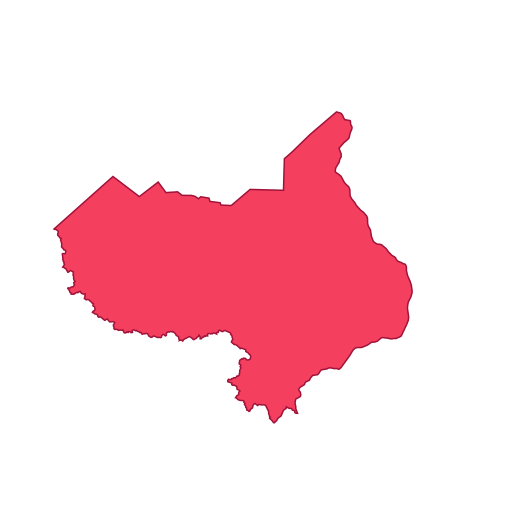 outline of Futaleufú, Chubut, Argentina, rotated 317°
{"feature_id": "61730980B18376344054138", "entity_name": "Futaleufú", "entity_type": "district", "adm_level": 2, "iso_a3": "ARG", "parent_name": "Argentina", "parent_adm1": "Chubut", "projection": "orthographic", "projection_center": [-71.852, -43.056], "detail": "fine", "context": "isolated", "style": "filled", "palette": "rose", "viewbox_px": 512, "rotation_deg": 317, "n_neighbors": 0, "source": "geoboundaries", "source_scale": "gbopen_adm2", "svg_char_len": 6149}
<svg xmlns="http://www.w3.org/2000/svg" viewBox="0 0 512 512"><g transform="rotate(317 256 256)"><path d="M413.1,205.5L378.7,204.0L353.4,204.5L343.1,204.2L320.9,226.7L297.1,203.3L272.3,202.2L265.1,194.8L266.1,192.6L259.5,184.6L261.1,181.6L256.0,175.0L253.0,174.9L252.1,170.9L251.3,169.4L250.1,167.7L243.3,161.2L242.4,155.6L233.4,148.2L234.9,135.2L211.2,133.0L205.6,100.3L126.6,98.5L126.7,99.0L127.9,100.3L128.2,102.9L127.6,103.9L126.3,104.3L125.1,105.7L125.3,106.9L124.9,109.1L125.5,110.2L123.9,111.1L123.0,113.4L122.3,114.2L122.1,114.8L120.0,116.7L119.9,118.2L120.2,119.1L119.6,120.1L120.5,122.0L119.4,123.5L117.9,124.1L116.6,122.6L115.7,122.4L113.3,125.9L112.3,126.7L112.2,127.5L111.3,128.6L111.5,129.5L110.6,130.3L110.1,131.6L107.0,132.4L107.9,134.0L107.9,135.2L108.2,136.0L107.3,139.5L108.0,140.0L110.2,139.9L111.6,143.0L110.9,143.4L110.2,144.6L109.2,145.0L108.9,146.3L107.1,148.2L106.4,149.8L106.3,151.3L104.5,151.2L103.8,152.4L103.6,153.4L101.0,153.7L99.7,152.7L98.0,152.5L96.8,151.1L96.3,151.2L95.9,154.1L95.1,155.9L95.4,157.1L94.8,157.8L96.2,159.3L96.7,159.3L97.4,160.0L98.8,160.0L100.4,160.6L100.6,161.3L103.2,161.8L102.9,163.7L103.1,164.9L103.8,166.1L105.2,167.2L103.9,168.3L103.8,168.8L102.8,169.2L101.4,170.1L101.9,171.2L101.9,172.3L103.2,173.0L104.0,174.2L103.8,175.3L104.1,176.1L104.1,178.9L104.6,179.8L102.8,181.1L103.2,183.1L102.4,184.7L101.1,185.7L98.8,185.3L97.9,185.7L98.5,187.2L98.6,188.4L99.8,190.1L99.8,191.2L99.1,192.3L99.1,193.3L100.8,194.6L101.4,199.6L101.8,200.1L104.1,200.4L104.3,201.7L104.1,202.1L104.0,204.4L106.7,206.6L107.3,208.2L107.2,208.6L104.7,209.1L103.9,210.1L103.8,211.1L102.7,212.0L102.5,212.8L102.7,213.6L103.4,213.9L104.6,215.3L104.6,216.4L106.8,218.1L107.5,219.1L108.2,219.4L107.2,222.0L107.7,223.0L109.1,223.6L110.0,223.4L110.3,224.7L111.5,224.5L112.2,225.6L112.3,226.7L112.9,227.4L113.7,227.6L114.3,226.3L115.9,226.3L116.4,226.7L116.8,228.4L117.9,229.0L117.8,229.6L118.4,231.2L118.9,231.8L118.9,232.9L119.8,233.5L119.3,235.0L119.6,235.8L120.9,236.2L121.8,237.3L122.7,237.5L123.4,238.4L123.6,239.0L123.5,240.0L123.0,241.2L123.7,243.9L124.3,244.4L126.0,244.5L127.0,245.2L128.4,248.5L129.6,249.3L130.5,250.6L131.5,250.9L132.7,249.9L134.3,249.9L135.0,250.4L135.1,252.4L135.4,252.8L136.5,252.8L137.8,251.3L139.3,251.3L140.2,251.7L140.6,252.5L142.1,252.9L143.2,254.7L143.7,254.7L144.1,257.5L143.5,259.8L144.0,260.9L144.2,262.3L142.8,264.5L142.8,265.2L142.3,265.5L143.2,265.8L144.1,266.8L144.4,268.2L146.5,267.8L152.4,269.5L153.2,272.7L153.1,274.1L153.6,274.9L154.6,274.9L156.1,275.5L158.1,275.2L158.8,275.6L160.3,275.0L160.1,277.0L158.7,278.4L159.4,279.2L161.6,279.0L162.5,279.6L162.8,279.3L163.8,279.3L164.3,280.3L164.8,280.2L166.2,281.5L167.2,280.1L167.8,280.0L169.0,280.9L169.8,282.2L170.5,282.3L170.9,283.1L172.1,283.2L173.0,283.9L174.0,286.3L174.5,285.6L175.3,285.3L175.7,285.4L176.3,286.1L177.8,285.2L178.6,285.2L179.8,288.4L182.5,289.2L184.8,294.7L184.7,295.6L184.1,295.9L183.8,298.3L183.2,299.0L182.5,300.6L182.2,301.1L179.9,301.7L179.2,302.5L179.5,303.1L179.4,304.1L179.7,304.7L179.6,305.7L179.9,306.2L180.4,306.4L181.2,308.5L181.1,309.9L181.4,311.9L181.3,313.0L182.4,313.3L184.5,317.2L184.5,317.5L183.4,318.9L184.1,321.3L184.2,322.9L183.9,323.5L184.3,324.5L183.7,325.9L181.3,327.5L179.6,326.8L178.4,325.8L178.3,325.2L178.5,324.4L178.3,323.5L177.5,322.4L177.0,322.1L176.1,322.4L175.6,321.5L173.4,321.2L172.5,321.4L171.7,322.3L170.9,322.6L170.1,323.6L170.6,324.6L170.5,325.5L168.9,326.1L168.6,327.5L166.0,328.6L164.4,330.3L163.3,330.8L162.8,331.6L160.9,331.7L160.6,331.0L160.1,330.8L159.2,331.1L157.6,330.9L156.8,329.9L155.0,329.6L154.6,329.1L153.7,329.3L152.9,328.9L151.8,327.4L150.4,327.8L149.6,328.6L151.6,332.4L151.4,332.9L150.7,333.3L150.5,334.0L151.2,335.1L152.0,335.4L152.3,336.8L152.9,337.9L152.9,338.3L151.3,340.4L151.4,341.1L152.1,342.4L152.2,343.8L150.5,343.8L148.7,345.6L146.6,345.1L144.4,345.7L144.8,346.4L144.8,348.3L145.1,349.3L145.8,350.7L147.9,352.9L148.2,353.8L147.3,354.8L147.4,356.3L146.4,356.6L146.0,358.8L145.3,359.6L145.4,360.7L144.2,362.3L144.9,364.0L144.9,364.9L146.0,365.2L147.1,364.4L149.6,364.7L150.9,364.1L151.2,363.5L151.9,363.2L153.9,362.9L154.6,363.2L155.2,366.5L156.7,366.4L158.5,368.7L160.4,370.3L161.1,371.8L161.1,372.4L160.6,373.3L160.4,375.0L159.9,375.4L159.8,376.7L158.9,378.7L158.0,379.5L156.8,382.2L156.5,382.4L156.5,383.7L155.5,383.7L155.2,384.0L155.5,386.6L155.2,389.6L155.4,390.4L158.6,390.5L161.7,389.6L165.1,390.1L170.7,387.7L172.4,387.6L173.9,388.1L175.3,387.0L176.4,390.2L178.0,391.8L177.5,393.6L178.1,394.3L178.6,395.9L177.8,396.6L177.6,397.2L178.1,398.5L179.1,399.4L181.0,394.7L182.3,393.4L184.3,390.1L186.9,388.1L187.8,387.8L192.3,389.0L193.8,388.4L195.5,386.0L195.9,383.0L196.8,382.5L198.8,382.1L203.7,383.1L205.4,382.2L206.4,382.0L210.2,383.3L213.0,382.3L216.0,382.0L220.1,384.8L222.1,384.7L223.0,384.3L226.0,383.8L231.0,387.0L233.0,387.5L235.1,389.7L236.1,391.4L238.3,393.4L239.2,395.2L240.1,395.6L242.1,395.6L256.9,392.7L262.7,391.0L265.6,391.0L267.5,391.9L270.4,394.6L272.2,395.5L276.9,397.2L281.9,397.9L284.1,399.9L286.8,401.1L291.9,401.3L293.4,402.5L296.6,406.4L297.7,408.1L299.1,409.5L300.0,409.9L302.2,411.9L307.0,413.5L308.0,413.4L320.1,408.6L323.7,406.8L326.0,404.8L331.2,397.4L334.2,394.8L335.9,393.6L341.5,391.5L344.9,389.4L346.4,388.0L349.8,383.1L351.5,379.4L353.5,373.7L356.0,369.4L358.7,366.4L359.4,364.4L359.4,363.5L358.3,361.8L357.8,359.8L356.4,357.1L356.2,356.2L356.2,354.2L356.9,352.3L356.5,350.3L355.8,348.4L355.7,343.4L356.2,339.4L355.5,333.4L354.5,331.7L352.9,330.3L352.0,327.4L351.8,325.4L353.6,320.7L357.5,314.9L358.5,311.0L359.1,309.6L359.9,308.3L362.9,304.9L363.7,303.7L364.2,302.2L364.4,297.2L363.8,294.2L363.9,287.2L364.6,284.8L365.0,279.2L365.7,276.8L366.4,275.5L369.7,271.7L370.4,270.4L371.0,268.5L370.7,264.9L370.8,262.4L372.6,255.6L372.1,252.1L371.4,249.2L371.6,248.3L373.1,246.9L374.8,245.8L380.6,244.2L383.5,242.3L385.9,241.6L387.9,239.4L390.2,233.8L397.2,233.1L403.7,233.3L404.7,233.0L408.8,230.2L412.5,228.6L413.7,227.7L414.3,226.9L415.1,224.0L416.8,222.2L417.2,221.2L413.9,216.8L414.4,214.3L415.2,212.5L415.5,210.4L415.4,209.5L415.0,208.6L413.1,205.5Z" fill="#f43f5e" stroke="#9f1239" stroke-width="1.5"/></g></svg>